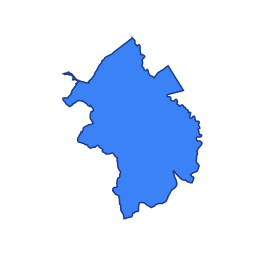 Vulcan, Brasov, Romania, rotated 304°
{"feature_id": "2599482B91896780036190", "entity_name": "Vulcan", "entity_type": "district", "adm_level": 2, "iso_a3": "ROU", "parent_name": "Romania", "parent_adm1": "Brasov", "projection": "orthographic", "projection_center": [25.394, 45.633], "detail": "fine", "context": "isolated", "style": "filled", "palette": "blue", "viewbox_px": 256, "rotation_deg": 304, "n_neighbors": 0, "source": "geoboundaries", "source_scale": "gbopen_adm2", "svg_char_len": 5776}
<svg xmlns="http://www.w3.org/2000/svg" viewBox="0 0 256 256"><g transform="rotate(304 128 128)"><path d="M118.6,211.8L123.4,210.6L124.0,209.0L123.5,208.4L124.3,205.9L127.5,207.1L130.5,209.4L133.0,209.1L135.4,208.4L136.2,208.3L137.2,206.9L137.2,206.4L137.7,205.2L137.6,204.5L138.0,203.9L139.3,202.6L141.4,201.8L142.4,200.8L143.4,200.6L144.1,200.3L145.4,200.1L146.1,199.6L147.1,198.4L148.4,197.9L151.1,197.7L154.5,198.2L155.7,198.1L156.3,198.0L157.2,197.3L157.5,195.8L157.5,195.1L157.2,194.4L156.6,193.5L156.1,192.4L156.2,191.7L156.4,191.4L156.6,191.2L156.9,191.2L157.3,190.5L159.0,190.2L159.6,190.5L160.2,192.1L161.1,193.1L161.9,193.5L162.7,193.4L163.3,193.0L163.2,192.4L162.7,191.9L162.5,191.4L163.2,190.6L163.7,189.5L165.3,188.1L165.9,187.1L166.5,186.8L168.0,187.7L169.1,186.4L169.7,185.0L170.0,184.7L170.5,184.4L172.1,184.2L172.6,183.9L173.0,183.4L173.0,182.7L172.9,182.3L172.0,181.2L171.6,180.5L171.6,180.2L173.3,178.1L174.4,177.3L174.9,176.7L174.9,176.3L173.9,175.4L173.5,175.2L171.9,175.4L171.1,174.5L171.0,173.7L171.2,173.2L171.6,172.9L172.1,172.9L173.8,172.1L175.1,171.9L175.6,171.5L175.8,171.0L175.7,170.4L175.4,170.1L174.9,170.0L174.5,169.7L174.4,169.2L176.3,167.9L176.4,166.9L176.1,165.7L176.2,165.1L177.0,164.2L177.1,163.5L176.6,162.5L177.5,161.4L177.5,160.3L177.3,159.8L176.6,159.3L175.6,159.3L175.2,158.9L175.4,157.6L175.2,155.8L175.3,155.1L175.5,154.6L175.9,154.5L177.0,154.8L177.3,154.6L177.7,153.6L178.4,153.2L178.7,152.5L178.7,151.9L178.6,151.7L177.9,151.4L176.1,151.1L175.1,149.4L175.0,148.8L175.1,148.2L175.3,147.8L176.8,146.8L177.2,146.1L177.3,145.4L177.1,144.9L176.2,143.5L176.1,143.1L176.6,142.3L176.9,142.0L177.4,141.8L178.5,142.7L190.1,153.0L202.0,126.4L196.2,124.5L190.6,121.9L184.3,121.6L184.4,119.4L184.0,117.4L184.1,115.9L185.6,113.7L187.0,112.3L187.3,111.2L186.9,111.0L186.2,111.0L185.6,110.7L185.2,109.1L185.5,108.4L186.2,108.0L186.6,107.1L186.9,105.4L187.3,104.7L189.8,104.0L192.6,101.5L195.1,102.0L196.4,102.0L196.9,101.5L197.1,100.3L196.1,97.2L196.9,96.9L199.0,94.7L202.5,92.3L203.3,90.9L203.2,90.5L202.7,90.3L201.3,89.8L201.1,89.4L202.0,86.4L202.7,85.9L203.9,85.3L204.5,84.4L204.7,82.8L205.2,81.0L204.7,81.4L202.0,80.1L201.7,80.2L183.7,74.1L180.3,73.3L173.8,69.6L171.5,69.7L169.4,68.9L167.0,69.5L164.0,69.2L158.1,69.8L156.7,69.7L154.2,69.9L153.7,70.5L148.9,70.3L146.3,69.7L146.0,69.8L145.7,69.6L144.2,69.3L143.6,70.4L143.3,70.2L142.8,69.5L142.5,68.7L141.9,68.0L141.6,65.9L141.0,64.7L140.1,62.0L139.9,61.2L139.9,60.4L139.4,59.5L139.5,57.0L139.8,56.3L139.7,55.8L140.0,55.6L140.3,54.4L140.6,54.2L140.5,53.3L141.1,52.1L141.2,51.4L141.3,50.3L140.9,48.8L140.9,48.5L141.1,48.1L141.0,47.5L141.0,47.3L140.3,47.6L140.1,47.5L139.6,46.6L139.0,46.2L137.7,44.7L136.9,44.2L137.2,45.0L137.1,45.9L137.7,46.3L139.2,48.5L139.1,49.7L139.2,50.0L140.0,50.2L140.2,50.4L140.3,50.9L140.5,51.0L140.1,51.6L139.8,53.2L139.1,54.5L138.7,54.7L137.5,54.9L137.0,55.1L137.3,55.8L137.9,55.8L138.0,56.4L138.7,56.7L138.7,57.9L138.8,58.3L138.7,59.8L138.4,60.4L137.7,61.0L135.7,59.9L134.9,60.9L135.0,61.2L131.4,60.8L127.6,60.7L126.8,60.8L125.4,61.6L124.6,61.5L123.0,61.7L122.0,61.4L120.0,61.1L119.5,61.3L118.0,59.8L117.6,58.6L116.1,57.4L114.7,59.0L114.2,61.8L113.7,62.5L113.3,63.6L113.2,64.2L113.2,65.4L113.0,67.0L113.1,67.5L113.5,67.8L114.4,68.4L114.9,68.2L115.3,68.3L115.7,68.9L116.2,69.1L117.1,68.7L117.4,69.1L118.3,69.5L119.0,70.0L120.8,70.4L123.3,71.6L123.4,72.2L124.4,74.1L124.6,75.3L125.0,76.0L124.9,77.4L125.0,77.9L125.0,78.3L124.8,80.0L125.0,81.0L124.4,81.8L124.2,82.4L124.6,83.8L124.5,84.5L125.8,84.5L124.5,88.0L124.5,88.4L122.7,89.7L121.6,89.2L121.3,88.4L119.3,88.6L117.7,89.5L116.2,90.2L114.9,91.3L114.6,91.8L113.9,93.7L113.5,94.1L113.4,95.1L113.1,95.5L112.9,96.2L112.7,96.4L111.8,96.0L111.4,96.0L109.7,94.9L108.5,93.5L107.3,92.9L106.8,92.8L105.1,91.5L103.5,91.0L102.6,91.1L101.9,91.7L101.2,91.9L100.0,91.9L98.4,92.4L98.1,92.2L98.5,91.7L98.5,91.3L97.8,91.6L96.1,91.8L95.3,91.6L93.4,92.0L92.4,92.0L90.8,92.3L90.2,92.7L88.7,94.3L88.8,94.5L88.8,95.1L89.4,96.6L90.0,99.1L90.5,99.9L90.5,100.6L90.2,101.7L90.7,102.4L90.7,102.8L91.1,104.0L90.2,105.6L90.2,107.4L90.3,107.9L91.3,109.1L92.4,109.6L92.7,109.8L93.1,111.0L93.6,111.4L94.0,111.6L95.2,111.7L95.7,111.8L96.7,112.7L96.7,113.2L96.2,114.8L96.0,116.3L96.2,117.9L96.1,119.2L94.9,119.3L94.3,119.8L94.1,120.5L94.4,121.9L94.4,122.8L94.0,123.8L94.6,124.8L95.0,125.0L95.2,126.1L97.5,128.2L98.5,128.9L98.7,130.2L97.9,131.8L97.3,133.4L97.2,136.2L96.9,136.4L96.0,136.4L95.1,136.8L94.3,137.9L90.8,140.8L89.8,141.8L88.6,143.3L88.2,144.9L87.4,146.3L86.8,146.9L85.7,147.1L84.8,147.0L84.1,147.9L83.4,148.3L82.1,148.4L80.5,147.7L79.4,148.0L75.8,149.7L74.7,150.8L73.0,152.0L72.8,151.9L71.7,150.8L70.9,149.7L70.5,149.6L69.4,149.4L68.9,149.5L68.0,150.3L67.6,150.4L67.3,150.9L66.7,153.1L66.1,154.5L66.4,156.3L66.4,156.8L66.6,157.1L66.6,157.6L66.3,158.2L66.4,158.5L66.0,158.8L65.8,159.2L65.1,159.5L64.7,160.2L64.0,160.9L62.1,162.1L61.5,162.9L60.2,163.6L59.9,164.8L59.3,165.6L58.4,166.3L57.9,166.3L56.7,167.4L56.0,167.8L56.1,168.0L55.2,169.2L53.9,172.2L51.8,174.6L51.0,175.2L50.8,175.2L50.9,175.3L51.2,176.3L51.5,176.6L52.0,176.8L53.5,177.9L55.9,180.2L56.7,180.7L59.2,180.0L59.5,179.8L59.8,179.8L61.2,180.6L62.5,180.7L62.7,181.0L64.0,182.4L65.0,183.1L65.6,182.5L66.3,182.3L67.2,181.6L70.4,179.9L72.2,179.4L72.6,179.4L73.8,180.7L73.9,181.2L74.7,182.5L75.0,184.4L74.7,186.9L75.1,191.8L78.3,193.7L79.9,193.8L82.4,195.6L83.4,196.7L84.6,198.7L88.6,200.6L89.1,200.6L90.5,200.2L91.7,200.2L93.2,199.5L97.4,199.3L99.5,198.8L102.8,199.5L104.3,200.2L105.1,200.4L107.4,200.3L109.0,199.9L111.8,196.9L113.3,194.3L116.5,190.5L117.6,189.8L118.0,190.0L117.1,192.5L116.1,197.0L116.3,197.1L115.7,198.8L115.5,201.2L115.6,202.7L116.1,203.3L117.0,205.2L116.6,207.7L117.1,208.3L117.5,210.4L118.6,211.8Z" fill="#3b82f6" stroke="#1e3a8a" stroke-width="1.5"/></g></svg>